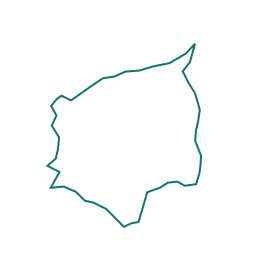 outline of Akaki, Nicosia, Cyprus, rotated 193°
{"feature_id": "46923920B34645975102782", "entity_name": "Akaki", "entity_type": "district", "adm_level": 2, "iso_a3": "CYP", "parent_name": "Cyprus", "parent_adm1": "Nicosia", "projection": "orthographic", "projection_center": [33.13, 35.134], "detail": "fine", "context": "isolated", "style": "outline", "palette": "teal", "viewbox_px": 256, "rotation_deg": 193, "n_neighbors": 0, "source": "geoboundaries", "source_scale": "gbopen_adm2", "svg_char_len": 711}
<svg xmlns="http://www.w3.org/2000/svg" viewBox="0 0 256 256"><g transform="rotate(193 128 128)"><path d="M96.7,38.7L95.7,53.2L94.8,69.7L83.4,77.1L76.8,83.7L67.8,86.9L59.6,84.5L49.0,88.6L48.2,100.1L49.0,108.3L50.6,117.4L59.6,130.5L61.2,140.4L61.2,150.3L62.1,161.8L70.2,176.6L79.3,185.7L87.4,195.5L82.5,206.2L81.7,225.2L88.3,213.6L102.2,200.5L116.9,193.9L130.0,186.5L143.1,182.4L153.0,175.0L163.6,170.9L173.5,160.2L181.6,151.1L189.8,142.1L200.1,144.5L203.8,140.4L207.8,132.2L200.5,124.0L202.9,113.3L193.1,103.4L191.5,91.9L191.5,82.0L198.0,73.0L184.9,69.7L189.8,52.4L177.5,56.5L164.4,54.1L153.8,47.5L144.8,47.5L130.9,44.2L109.8,30.8L103.0,36.1L96.7,38.7Z" fill="none" stroke="#0f766e" stroke-width="2"/></g></svg>